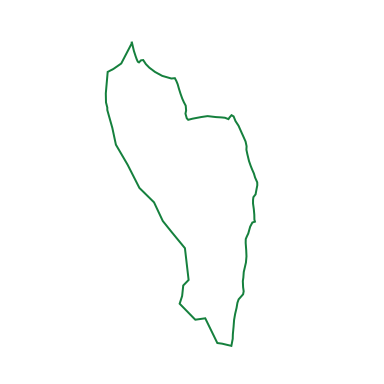 outline of Sigtuna, Stockholm, Sweden, rotated 258°
{"feature_id": "70781695B39328954210913", "entity_name": "Sigtuna", "entity_type": "district", "adm_level": 2, "iso_a3": "SWE", "parent_name": "Sweden", "parent_adm1": "Stockholm", "projection": "robinson", "projection_center": [17.908, 59.666], "detail": "fine", "context": "isolated", "style": "outline", "palette": "green", "viewbox_px": 384, "rotation_deg": 258, "n_neighbors": 0, "source": "geoboundaries", "source_scale": "gbopen_adm2", "svg_char_len": 1532}
<svg xmlns="http://www.w3.org/2000/svg" viewBox="0 0 384 384"><g transform="rotate(258 192 192)"><path d="M82.3,158.6L67.9,167.7L66.4,168.7L65.7,178.7L39.3,185.3L39.0,185.4L37.4,189.9L33.3,198.5L39.9,201.3L44.4,202.4L51.4,204.6L58.2,206.6L63.9,208.9L69.4,211.5L74.2,213.4L77.3,215.3L79.6,218.4L81.3,220.7L84.1,221.9L88.3,222.2L94.3,223.2L97.5,224.4L103.0,226.0L111.8,230.1L117.7,231.9L123.6,232.9L131.0,233.9L134.8,234.8L137.1,236.4L139.7,238.4L146.0,241.7L149.6,244.7L149.9,247.4L152.1,247.3L156.7,248.2L162.4,248.9L168.1,249.3L171.7,250.1L174.2,251.0L176.5,253.7L180.6,255.4L185.1,257.3L187.9,257.8L193.1,256.7L197.2,256.4L201.5,255.5L205.6,254.8L210.4,254.2L217.5,254.0L222.0,254.0L225.4,254.9L230.2,254.9L236.4,253.6L239.5,252.9L247.1,251.3L252.3,249.3L257.3,248.4L258.9,246.6L257.1,244.2L255.7,242.8L257.8,239.6L258.9,236.1L260.3,231.0L263.0,223.0L263.4,216.8L263.6,207.7L263.4,203.3L265.2,202.2L270.0,201.9L273.0,203.2L277.7,203.8L281.6,202.7L285.3,201.9L290.5,201.2L295.7,200.7L300.3,200.4L303.7,199.8L306.9,198.9L307.3,195.4L311.8,187.0L317.1,180.8L322.5,176.1L326.6,173.5L331.2,171.7L331.4,169.5L329.8,167.1L330.7,166.1L333.4,165.5L336.4,165.1L342.1,164.5L350.7,164.3L350.7,164.1L350.1,164.1L332.4,149.5L328.7,140.7L327.0,134.5L306.4,128.2L297.5,126.5L292.2,126.7L289.8,126.2L280.3,126.8L271.2,127.4L254.1,127.4L232.0,134.7L206.9,141.4L189.8,152.7L169.7,157.4L156.6,164.0L138.5,173.4L106.7,170.4L106.4,170.0L102.4,164.0L94.7,161.5L92.3,160.7L85.3,156.7L82.3,158.6Z" fill="none" stroke="#15803d" stroke-width="2"/></g></svg>